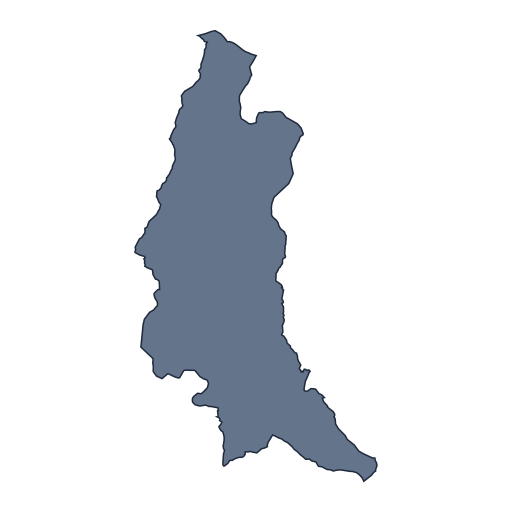 the district of Campeni, Alba, Romania
{"feature_id": "2599482B40303754210637", "entity_name": "Campeni", "entity_type": "district", "adm_level": 2, "iso_a3": "ROU", "parent_name": "Romania", "parent_adm1": "Alba", "projection": "orthographic", "projection_center": [23.042, 46.415], "detail": "fine", "context": "isolated", "style": "filled", "palette": "slate", "viewbox_px": 512, "rotation_deg": 0, "n_neighbors": 0, "source": "geoboundaries", "source_scale": "gbopen_adm2", "svg_char_len": 6050}
<svg xmlns="http://www.w3.org/2000/svg" viewBox="0 0 512 512"><path d="M371.9,474.9L372.5,473.8L374.3,471.9L375.7,471.0L375.5,470.0L377.0,465.6L376.5,462.9L375.2,460.4L374.9,458.0L372.8,458.0L370.8,457.2L363.7,453.9L358.7,451.1L354.4,445.1L347.2,439.4L345.3,435.7L338.5,428.8L335.6,424.0L335.2,419.1L334.9,418.2L334.3,417.8L334.2,416.9L334.0,416.5L334.6,415.9L334.7,414.8L334.5,413.7L333.2,411.6L327.7,407.3L327.5,407.0L327.6,406.3L327.5,405.9L323.9,402.1L322.3,398.2L324.4,397.6L322.4,395.4L320.3,394.1L319.1,393.7L315.7,389.3L314.8,388.9L311.0,388.6L307.8,390.9L306.9,391.2L304.8,391.0L304.1,390.3L304.2,388.0L305.4,381.2L307.8,375.9L309.0,373.0L308.8,372.6L310.1,371.4L309.3,370.2L308.4,369.9L306.9,370.5L305.7,369.4L304.2,369.2L303.5,371.1L302.9,372.0L302.1,371.2L301.1,371.9L300.7,370.3L299.3,368.8L300.1,366.3L300.8,365.1L298.3,360.8L298.0,359.9L297.6,358.4L297.4,355.7L296.9,354.6L296.6,353.1L295.2,353.0L292.9,350.4L292.7,349.9L291.0,348.3L290.4,347.4L290.4,346.0L288.4,344.3L287.1,342.9L286.8,342.2L286.6,340.3L283.9,336.2L281.7,335.0L281.6,334.5L281.9,333.9L282.9,332.2L282.5,326.9L282.2,326.1L284.0,321.5L284.2,320.3L284.2,319.6L283.4,317.7L283.5,316.6L284.0,315.1L283.0,313.3L283.6,312.1L283.5,310.4L283.5,307.1L283.3,306.2L282.6,305.5L281.7,303.6L283.3,302.6L283.2,301.6L282.8,300.4L281.8,298.9L283.3,291.3L283.1,290.7L283.6,290.1L282.1,288.2L281.6,287.9L281.7,287.2L282.4,287.1L281.6,285.1L279.7,283.5L276.7,281.5L276.0,280.8L275.7,279.6L276.0,278.0L276.0,273.9L276.3,272.8L277.4,271.7L277.7,270.4L278.2,270.0L278.5,268.8L278.9,268.2L280.2,267.1L280.7,265.9L282.4,263.7L282.5,263.1L282.5,260.2L282.8,259.1L284.0,258.1L285.2,257.5L285.4,256.9L285.5,256.2L284.8,254.6L284.7,253.7L285.1,248.3L285.0,246.7L285.1,245.9L285.8,244.0L285.7,242.0L286.0,240.4L286.2,235.8L285.0,234.0L284.8,232.6L284.4,231.9L280.5,228.7L278.7,225.4L278.1,222.9L276.5,220.4L273.1,217.5L271.8,215.6L271.5,214.8L271.6,211.2L271.3,208.4L271.8,203.8L274.0,197.3L288.8,183.5L293.2,173.7L291.4,164.9L290.3,158.5L291.9,155.4L292.1,152.9L295.2,147.6L297.1,143.7L299.3,139.9L299.5,138.3L300.4,136.5L302.9,134.9L303.3,133.8L301.1,128.0L297.5,123.8L286.0,117.3L282.7,113.1L280.5,111.6L277.3,111.5L269.6,112.2L264.5,111.6L263.1,112.6L259.4,112.6L258.6,113.3L256.7,117.6L256.5,118.6L256.2,122.7L251.5,123.9L250.1,123.9L248.8,123.6L245.1,121.0L241.5,118.9L241.2,118.3L240.1,114.2L240.2,111.5L240.8,107.4L240.0,103.5L239.3,101.2L239.4,100.2L239.4,97.1L239.7,95.3L242.3,90.9L244.9,87.0L245.2,86.3L247.6,83.7L249.8,79.3L250.1,77.5L251.7,75.0L249.6,66.9L253.7,60.3L256.2,55.6L251.3,54.1L248.3,52.7L245.4,51.7L242.9,50.0L235.8,44.4L232.9,42.7L229.8,41.6L227.5,41.7L226.8,41.1L226.0,39.8L224.4,37.7L220.8,33.9L215.2,30.7L211.0,31.6L205.7,33.6L198.1,35.6L199.6,36.2L202.3,38.9L203.1,39.2L203.6,39.8L204.2,41.2L204.8,41.6L207.0,42.0L207.4,42.3L206.4,43.4L205.9,44.3L206.2,45.7L206.1,46.9L205.7,48.1L204.6,49.7L204.5,50.4L204.5,52.5L204.2,53.4L204.2,54.3L204.0,55.2L201.9,62.1L201.0,64.0L201.0,67.0L200.8,68.0L200.5,68.6L199.0,69.8L198.9,70.5L199.1,71.5L200.2,73.3L200.5,74.1L200.1,76.1L200.4,77.2L199.2,79.4L197.6,81.1L196.3,82.0L193.3,85.9L192.4,86.7L184.7,91.2L181.5,95.5L181.4,96.4L182.0,98.6L181.9,99.4L181.7,99.9L182.1,102.0L181.9,102.7L182.8,105.3L182.5,106.5L181.7,107.5L179.8,109.2L179.0,110.8L178.8,112.6L176.5,118.1L175.2,122.7L175.7,124.9L175.9,126.3L175.7,127.1L173.7,129.6L170.7,136.3L170.9,137.5L170.8,137.8L169.5,138.5L169.5,139.1L172.2,142.9L172.7,144.4L173.4,145.0L173.6,146.0L174.7,148.8L174.9,149.9L174.6,154.7L175.4,158.8L174.8,161.3L174.1,162.2L173.8,163.2L173.1,164.4L172.3,166.8L172.3,168.4L170.6,171.3L169.5,174.0L168.0,176.0L167.5,177.1L166.6,177.6L166.4,180.3L164.9,182.4L162.8,183.5L161.5,185.9L161.3,187.4L160.9,188.1L158.8,190.4L157.2,190.8L156.8,192.3L156.8,195.2L156.4,196.3L158.0,199.6L158.9,202.2L160.6,204.3L160.6,205.0L159.4,209.4L158.2,211.0L157.5,212.9L155.8,215.2L149.2,221.3L148.4,223.1L147.1,227.1L144.9,228.3L145.0,232.6L141.6,237.6L139.4,238.9L135.2,247.1L135.7,250.0L135.0,251.4L135.0,252.2L135.1,252.5L139.6,255.0L144.1,256.3L144.6,256.7L145.2,257.9L143.8,258.9L144.6,260.4L144.7,261.0L144.5,263.1L145.2,264.6L144.8,266.3L146.6,267.2L147.0,267.6L152.5,269.9L153.0,274.5L155.3,278.9L155.6,279.2L156.6,279.2L159.2,281.1L159.6,289.5L158.3,289.4L157.8,289.7L154.4,293.0L154.1,293.7L154.0,294.4L154.3,295.9L155.0,298.2L157.3,301.8L157.5,305.3L157.0,306.1L156.1,306.9L153.6,310.0L149.6,312.3L144.4,319.2L143.1,324.7L140.9,347.1L153.0,358.6L152.9,362.3L152.7,362.9L153.3,366.1L153.2,371.5L156.5,376.1L162.0,378.6L167.8,373.8L168.7,374.0L175.3,377.1L178.5,378.0L179.7,377.7L182.2,373.2L183.6,370.9L184.3,370.3L186.7,370.2L187.3,370.0L188.7,370.3L194.2,370.3L195.0,370.6L200.1,376.7L203.3,378.7L206.8,379.9L207.5,380.8L208.5,383.5L207.4,387.7L203.4,391.9L201.6,393.4L201.0,393.7L197.5,393.3L193.6,396.6L192.9,397.6L192.4,398.8L192.4,401.2L192.7,402.3L195.0,404.7L197.6,405.5L199.9,406.0L205.8,405.1L209.0,406.5L211.1,406.5L217.9,407.8L218.4,410.5L217.6,410.7L217.7,412.9L218.1,415.3L217.9,416.6L217.0,416.8L219.0,417.8L219.5,418.3L219.8,418.9L220.0,419.6L219.5,420.5L221.8,422.0L221.3,423.5L220.8,424.3L218.9,426.6L219.1,427.4L220.4,429.8L221.4,430.9L222.8,431.8L223.7,434.9L224.3,437.6L224.1,437.7L224.1,438.3L224.2,440.4L223.8,441.6L223.8,442.7L223.1,446.1L223.6,448.7L224.5,450.5L223.5,454.1L223.0,460.5L222.9,464.3L223.2,465.3L223.5,465.9L224.7,465.9L225.8,464.8L227.0,464.1L228.2,462.9L229.2,461.1L230.2,460.4L232.5,460.3L234.4,459.0L237.4,457.8L239.6,457.3L241.9,457.3L243.1,456.8L244.1,455.9L245.1,454.5L245.2,451.8L247.9,451.9L250.6,451.5L252.4,452.1L256.9,452.9L261.6,448.7L264.6,448.0L267.4,446.7L267.3,444.8L268.1,442.4L272.6,435.0L275.3,436.1L278.6,437.9L281.5,438.9L284.8,441.3L287.6,442.6L292.4,447.0L294.3,449.5L297.2,451.5L300.4,454.8L303.1,456.9L305.7,459.3L309.5,459.1L311.6,460.9L316.0,462.0L318.0,465.6L318.8,466.4L321.7,466.7L327.1,469.5L330.7,469.8L333.2,471.0L337.2,470.1L340.9,469.9L349.4,471.3L352.5,471.5L356.3,472.5L359.3,474.7L362.4,478.1L363.8,481.3L371.9,474.9Z" fill="#64748b" stroke="#1e293b" stroke-width="1.5"/></svg>